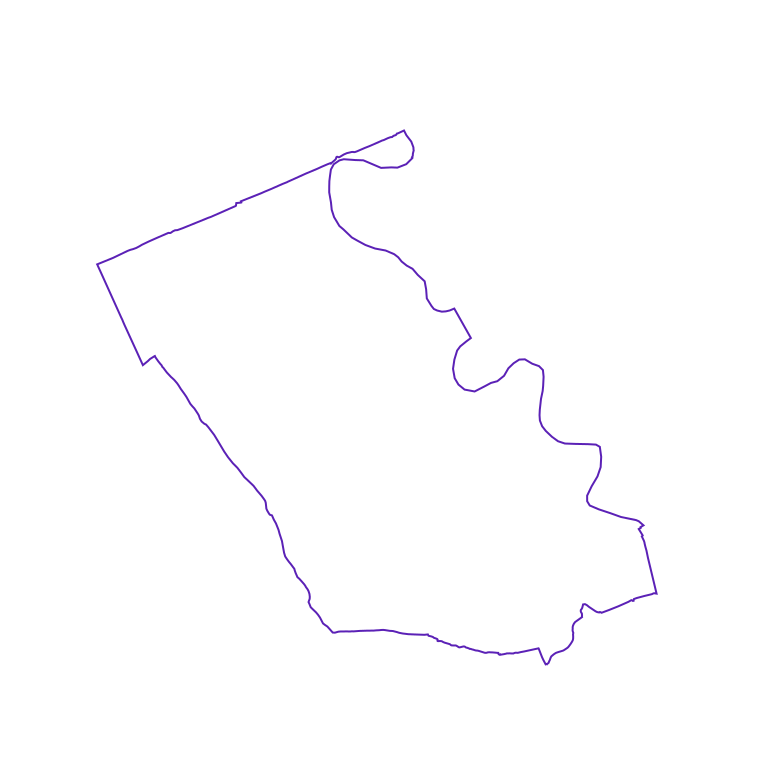 outline of Cotofenii Din Dos, Dolj, Romania, rotated 9°
{"feature_id": "2599482B33095899744211", "entity_name": "Cotofenii Din Dos", "entity_type": "district", "adm_level": 2, "iso_a3": "ROU", "parent_name": "Romania", "parent_adm1": "Dolj", "projection": "mercator", "projection_center": [23.638, 44.42], "detail": "fine", "context": "isolated", "style": "outline", "palette": "violet", "viewbox_px": 768, "rotation_deg": 9, "n_neighbors": 0, "source": "geoboundaries", "source_scale": "gbopen_adm2", "svg_char_len": 6159}
<svg xmlns="http://www.w3.org/2000/svg" viewBox="0 0 768 768"><g transform="rotate(9 384 384)"><path d="M587.5,635.6L588.2,635.1L588.8,635.3L588.9,635.1L589.6,634.3L590.1,633.8L590.2,633.6L590.5,632.1L590.9,630.9L591.1,630.0L591.2,629.3L591.5,627.9L591.9,626.8L594.0,624.4L595.3,623.2L595.6,622.9L596.2,622.5L598.3,621.4L600.8,620.2L602.6,619.3L603.4,618.7L605.8,616.5L606.5,615.8L607.0,615.2L607.6,614.2L608.9,611.7L610.0,609.2L610.5,607.7L610.6,606.8L610.6,606.2L610.6,605.6L610.3,603.6L610.0,602.2L609.9,601.9L609.9,600.8L609.9,600.2L609.7,599.8L609.2,598.9L609.0,598.4L608.8,597.8L608.7,596.9L608.6,595.7L608.4,594.8L608.4,594.0L608.5,593.0L609.1,590.9L610.1,589.1L616.1,583.2L615.8,582.4L615.8,581.5L615.3,579.6L614.8,579.2L614.1,578.2L613.8,577.4L613.8,576.3L614.3,575.5L614.8,574.1L615.0,572.1L615.1,570.6L616.9,570.0L618.8,570.6L621.4,572.1L628.5,575.4L630.1,575.9L632.2,576.0L632.8,575.8L632.9,575.5L633.7,575.5L634.7,575.9L641.8,571.9L650.2,566.9L659.5,560.9L662.1,558.8L663.0,558.9L663.5,559.3L664.4,559.1L664.4,558.2L664.5,557.3L667.0,555.9L674.4,552.6L680.9,549.9L681.6,549.6L682.0,549.3L682.5,548.9L683.0,548.6L683.7,548.4L685.0,548.4L686.0,548.4L671.9,514.4L669.3,507.5L667.6,503.8L666.4,500.9L666.0,499.7L665.3,498.3L662.5,494.2L662.9,493.8L663.2,493.1L658.3,487.4L660.1,485.9L659.8,485.2L662.4,483.0L657.1,479.7L654.3,479.0L639.0,478.3L627.9,476.2L615.8,474.2L606.2,471.8L603.0,468.0L602.1,462.5L605.1,452.5L609.3,441.9L611.0,432.2L609.9,421.9L607.0,412.3L602.8,410.7L594.9,411.5L582.6,413.2L572.0,414.5L564.8,413.3L558.2,409.9L551.2,405.1L546.8,401.0L543.7,395.7L542.5,390.5L541.9,385.0L541.4,374.1L541.8,366.1L541.5,361.1L540.5,351.9L538.8,345.4L534.3,342.1L527.3,340.8L519.3,337.6L513.8,338.7L508.8,343.2L504.4,349.0L501.3,357.1L495.5,363.5L489.5,366.2L484.1,370.3L474.7,377.2L464.4,376.9L457.6,372.9L452.9,367.2L449.8,358.2L449.7,348.9L451.0,339.5L453.4,334.9L458.6,329.1L462.6,325.0L441.6,298.5L437.4,301.1L433.7,302.6L429.8,303.5L425.0,303.1L421.5,302.1L418.7,299.5L412.9,292.8L410.8,283.9L408.1,276.2L400.3,271.0L394.2,265.8L387.9,263.5L382.3,260.3L378.2,256.6L373.8,254.2L364.7,251.9L354.0,251.6L343.9,249.6L335.4,246.6L329.3,244.3L319.8,237.7L315.2,234.9L308.6,227.0L305.1,220.1L303.2,212.9L299.9,203.3L299.0,197.4L298.3,192.1L298.1,186.7L298.0,180.5L300.0,174.8L305.0,170.1L309.1,168.3L320.6,167.3L328.6,166.3L347.3,171.0L357.4,168.9L363.4,168.2L371.6,163.4L376.7,156.4L376.6,155.3L376.3,155.3L376.6,154.4L376.7,153.9L376.6,153.0L376.5,151.9L376.7,149.6L376.8,148.7L376.5,147.9L376.0,145.6L375.1,144.0L373.0,140.3L367.2,134.8L364.1,130.5L358.8,134.1L357.5,134.7L357.4,135.2L356.8,136.2L356.2,136.6L355.6,136.8L355.0,137.1L354.7,137.5L354.4,137.6L353.9,138.1L353.5,138.7L353.1,138.9L352.1,139.1L351.1,139.6L349.3,140.6L345.6,143.1L343.9,143.9L342.6,144.8L332.3,151.4L328.2,153.8L320.8,158.5L319.1,159.4L318.1,159.7L317.2,159.6L315.5,160.0L314.4,160.5L311.2,161.8L308.4,163.6L304.5,166.9L304.2,167.0L303.8,167.1L303.3,167.0L302.6,166.9L302.1,166.9L301.9,167.0L301.5,167.4L301.4,167.8L301.4,168.4L301.3,169.0L301.1,169.5L300.8,170.0L300.2,170.8L298.6,172.7L297.6,173.9L297.1,174.6L296.6,174.2L293.5,176.0L288.3,179.3L284.4,181.9L273.9,188.4L257.3,199.3L256.7,199.8L252.3,202.4L241.6,209.3L235.9,212.8L233.3,214.5L214.1,225.9L214.6,226.7L214.7,227.0L214.4,227.2L209.8,228.4L209.9,231.0L209.6,231.4L186.6,246.2L184.5,247.3L160.8,261.6L155.9,264.3L153.5,264.9L151.5,266.3L150.2,267.6L149.6,268.1L149.2,268.3L148.6,268.4L147.7,268.4L147.2,268.6L137.0,275.1L129.3,280.1L123.2,284.3L120.8,286.3L118.0,288.4L114.9,290.1L112.4,291.2L109.7,292.8L96.7,301.8L82.0,310.7L82.4,311.2L82.9,312.1L87.3,318.7L105.1,345.8L109.5,352.5L113.9,359.2L115.5,361.5L116.5,363.2L118.6,366.5L135.9,392.5L142.9,403.1L147.2,398.3L149.0,395.9L153.0,392.4L153.3,392.2L154.1,393.4L157.5,396.9L160.0,399.2L161.3,400.2L162.5,401.9L163.4,402.4L165.0,404.0L167.7,406.6L172.7,410.5L173.7,411.1L176.2,412.8L179.6,415.7L181.5,417.7L184.0,420.6L188.2,424.8L191.0,427.8L195.8,433.9L198.2,436.0L200.5,437.8L204.8,442.5L206.0,444.0L207.7,447.2L209.8,449.6L212.8,451.4L214.6,451.9L217.2,454.1L224.2,460.8L228.7,466.1L236.8,475.8L241.4,480.7L247.1,485.9L252.3,489.7L256.7,493.9L260.6,497.8L266.2,501.6L271.1,505.0L275.4,509.2L280.6,513.6L283.8,516.8L285.0,518.2L285.8,519.9L286.7,523.2L287.3,525.5L288.6,527.5L290.6,529.9L291.6,530.9L292.5,531.1L293.9,531.3L296.4,535.2L299.1,538.6L302.6,544.5L304.3,548.3L306.0,551.6L307.8,555.1L309.1,558.9L311.7,566.3L313.4,569.8L315.4,572.0L317.8,574.4L320.3,576.6L322.8,579.1L324.3,580.5L325.0,582.1L326.3,584.5L327.7,586.7L328.7,588.3L330.8,589.6L334.0,592.2L336.4,594.2L337.8,595.6L338.5,596.6L339.4,597.5L340.6,598.7L341.8,600.3L343.2,603.0L344.0,605.8L344.2,607.9L343.7,610.4L343.6,611.2L344.8,613.0L346.5,615.9L348.7,617.5L352.6,620.2L354.9,622.2L357.3,624.7L361.2,630.0L363.2,631.1L366.0,632.4L368.7,634.6L372.2,637.5L374.4,637.3L377.6,635.8L379.9,635.2L385.9,634.2L389.4,633.7L390.9,633.3L392.6,633.1L398.5,631.7L406.3,630.2L412.3,629.2L414.6,628.6L417.9,627.9L419.7,627.4L421.6,627.0L423.6,626.9L428.5,626.9L430.3,626.7L431.5,626.6L435.7,627.0L437.4,627.3L438.7,627.4L441.7,627.5L444.1,627.4L447.1,627.3L453.3,626.6L463.1,625.4L466.5,624.5L466.8,625.0L467.4,625.7L470.2,625.9L471.8,626.2L473.1,626.9L475.0,627.2L476.5,627.6L476.9,628.0L476.9,628.7L477.0,629.3L477.3,629.5L478.2,629.4L478.9,629.2L480.5,629.0L481.6,629.1L482.7,629.6L484.4,630.0L489.2,630.6L490.0,630.8L491.1,631.5L491.9,631.6L495.8,631.0L496.8,631.3L499.1,632.3L499.9,632.3L500.9,631.9L503.5,630.8L504.3,630.7L505.0,630.8L506.1,631.4L506.6,631.5L507.4,631.5L508.3,631.7L509.1,631.8L509.9,632.2L510.8,632.1L511.7,632.2L512.8,632.4L513.6,632.4L514.6,632.6L516.0,632.8L517.0,632.8L518.1,632.7L519.4,632.8L525.5,633.7L526.7,633.6L527.6,633.3L528.6,632.8L529.9,632.5L533.5,632.1L536.4,631.9L538.1,631.8L538.9,631.7L539.1,632.4L539.4,632.8L539.8,633.1L540.5,633.1L540.8,632.9L541.0,633.3L544.9,632.0L545.8,631.6L546.5,631.4L547.4,630.9L550.1,630.4L552.0,630.2L554.0,629.9L554.8,629.3L555.8,628.9L557.0,628.7L558.2,628.6L559.8,627.9L561.3,627.3L564.4,626.2L578.0,620.9L578.1,621.0L582.9,629.2L584.6,631.7L587.5,635.6Z" fill="none" stroke="#5b21b6" stroke-width="2"/></g></svg>